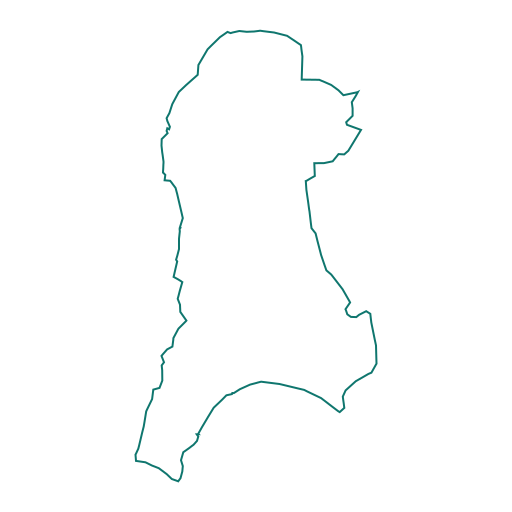 Jorquelleh, Bong, Liberia
{"feature_id": "62588387B10332133917800", "entity_name": "Jorquelleh", "entity_type": "district", "adm_level": 2, "iso_a3": "LBR", "parent_name": "Liberia", "parent_adm1": "Bong", "projection": "mercator", "projection_center": [-9.438, 6.901], "detail": "fine", "context": "isolated", "style": "outline", "palette": "teal", "viewbox_px": 512, "rotation_deg": 0, "n_neighbors": 0, "source": "geoboundaries", "source_scale": "gbopen_adm2", "svg_char_len": 3121}
<svg xmlns="http://www.w3.org/2000/svg" viewBox="0 0 512 512"><path d="M375.8,344.5L374.7,339.3L371.3,322.5L370.8,318.3L370.3,313.8L366.2,311.2L359.1,314.8L356.3,317.1L350.9,316.9L347.3,314.3L346.1,310.7L345.5,309.2L350.1,302.5L349.6,301.5L344.4,292.4L342.5,289.1L342.4,289.0L332.4,276.0L331.2,274.5L326.4,270.4L324.5,265.0L321.0,254.7L320.7,253.4L317.4,240.7L315.6,233.4L311.5,228.2L310.8,222.7L309.5,211.5L309.1,209.2L308.1,201.7L306.4,189.9L305.8,181.1L306.0,181.1L310.7,178.3L314.6,176.1L314.8,176.0L314.3,163.2L324.0,163.1L324.6,163.0L332.7,161.3L334.3,159.3L337.5,155.4L338.5,154.1L344.2,154.4L344.9,153.8L346.0,152.8L348.3,150.8L355.9,138.3L360.7,130.4L361.0,129.9L347.0,124.8L346.7,124.0L346.2,122.2L352.6,115.8L352.6,113.5L352.6,108.3L351.8,102.2L352.7,100.8L355.9,95.7L357.9,92.0L357.5,92.2L343.4,95.2L338.5,90.3L331.1,84.9L322.9,81.3L321.8,80.9L319.3,79.8L302.9,79.6L301.7,79.6L301.8,75.8L302.4,56.7L302.4,56.3L301.4,49.1L301.2,47.1L300.9,45.1L287.1,35.8L283.5,34.9L274.1,32.5L263.5,31.2L260.0,30.7L259.7,30.8L254.1,31.5L246.7,31.8L239.3,31.0L238.4,31.2L232.6,32.5L230.6,33.1L228.7,32.4L227.5,31.9L224.1,34.3L219.9,37.2L211.1,45.8L210.8,46.1L207.6,49.3L198.4,65.0L198.3,66.6L197.7,74.8L187.0,84.3L186.3,84.9L178.8,92.0L172.4,103.9L172.2,104.4L171.1,107.8L169.4,113.1L166.6,118.2L167.4,121.2L167.6,121.6L169.9,126.8L169.1,129.3L167.3,128.3L166.6,130.9L167.6,133.2L163.5,137.3L162.8,138.0L161.7,139.1L161.6,142.2L161.5,145.6L162.2,152.2L162.7,155.5L163.5,161.5L163.5,163.0L163.4,164.2L163.2,169.3L163.1,170.3L163.0,172.6L163.8,173.3L165.3,174.9L164.6,180.3L170.2,180.8L170.7,181.5L171.4,182.3L172.4,183.7L175.6,188.0L176.7,192.2L177.1,193.6L178.2,198.4L181.9,214.2L182.0,214.7L182.8,218.1L179.7,228.1L179.7,228.3L180.1,228.3L179.6,229.0L179.8,231.3L179.0,238.8L179.0,249.1L177.3,255.7L176.1,259.7L177.2,261.5L177.1,261.8L173.6,276.9L178.0,279.3L180.9,281.1L181.4,281.5L181.8,281.8L182.3,282.1L179.8,290.8L178.6,295.5L177.7,298.8L180.0,304.7L180.3,311.9L186.4,320.6L185.8,321.3L178.8,328.3L178.3,328.9L173.4,338.1L173.3,339.7L172.4,346.6L171.8,346.9L167.1,349.4L162.8,354.3L161.5,355.9L164.0,362.3L161.7,365.4L162.2,370.3L162.2,370.8L162.3,380.6L159.5,387.9L153.7,389.5L153.3,389.6L152.1,399.1L146.9,409.8L146.2,411.4L144.5,421.9L143.7,426.6L142.2,432.5L139.1,445.6L138.3,448.7L135.9,453.9L135.5,454.6L136.0,460.9L145.5,462.3L152.1,465.6L154.5,466.5L158.8,468.2L166.7,474.1L171.8,479.0L178.0,481.2L178.2,481.3L180.5,478.2L182.3,471.5L182.8,466.1L181.0,460.2L183.3,452.2L184.9,451.1L189.4,447.9L191.7,446.1L193.5,444.8L197.0,440.9L198.3,436.5L196.7,434.3L198.0,434.2L198.5,434.2L198.2,433.9L202.0,427.1L207.6,417.7L208.1,416.8L208.4,416.4L208.8,415.7L213.7,407.7L222.1,399.7L226.4,395.3L231.9,394.1L232.3,393.0L233.8,393.1L239.9,389.2L250.1,384.6L257.0,382.8L257.2,382.7L261.1,381.7L279.5,384.0L297.8,388.4L304.2,389.9L306.9,391.3L314.2,394.8L321.1,398.1L331.1,405.8L338.2,411.2L339.7,412.1L344.3,407.9L343.7,403.2L343.2,399.7L342.8,396.6L345.6,390.4L348.8,387.5L355.8,381.2L368.3,374.0L369.9,373.3L371.4,372.7L376.0,364.5L376.5,363.7L376.0,345.4L375.8,344.5Z" fill="none" stroke="#0f766e" stroke-width="2"/></svg>